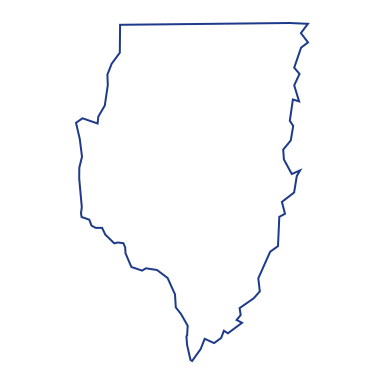 Dixie, Florida, United States of America
{"feature_id": "52423323B96529923169881", "entity_name": "Dixie", "entity_type": "district", "adm_level": 2, "iso_a3": "USA", "parent_name": "United States of America", "parent_adm1": "Florida", "projection": "equal_earth", "projection_center": [-83.166, 29.557], "detail": "fine", "context": "isolated", "style": "outline", "palette": "blue", "viewbox_px": 384, "rotation_deg": 0, "n_neighbors": 0, "source": "geoboundaries", "source_scale": "gbopen_adm2", "svg_char_len": 1046}
<svg xmlns="http://www.w3.org/2000/svg" viewBox="0 0 384 384"><path d="M76.0,122.8L79.8,139.2L82.0,156.7L79.3,167.7L79.2,178.5L81.8,207.1L81.0,213.2L81.6,217.0L89.3,219.7L91.5,225.6L95.7,227.9L102.1,227.9L105.3,234.6L114.2,243.3L117.9,242.5L123.4,243.2L125.2,247.5L125.5,253.3L131.4,267.0L142.1,270.6L145.9,268.3L157.0,270.0L167.6,278.0L175.0,294.4L175.8,307.4L181.0,314.0L187.7,325.8L187.1,335.5L186.4,336.3L187.1,345.0L190.5,360.0L192.1,361.0L200.7,349.0L204.7,338.8L214.1,343.1L221.2,337.9L223.9,330.7L227.9,333.3L242.0,322.8L236.6,320.0L240.7,315.0L239.6,308.1L253.7,298.3L259.8,291.4L258.3,278.3L270.2,251.7L278.0,246.1L279.3,216.8L285.0,213.8L281.9,201.9L294.1,192.5L296.8,176.0L300.1,170.4L291.8,174.0L283.9,159.5L283.2,149.6L290.8,140.4L293.2,125.9L289.8,120.8L292.9,99.5L299.1,101.4L294.2,85.4L299.5,73.9L294.2,67.7L301.1,47.6L308.0,42.4L300.9,33.1L307.9,23.8L289.7,23.0L120.1,24.8L119.8,52.7L111.7,63.7L107.4,74.6L107.8,85.1L104.8,105.5L98.3,116.6L97.6,123.5L82.5,118.3L76.0,122.8Z" fill="none" stroke="#1e3a8a" stroke-width="2"/></svg>